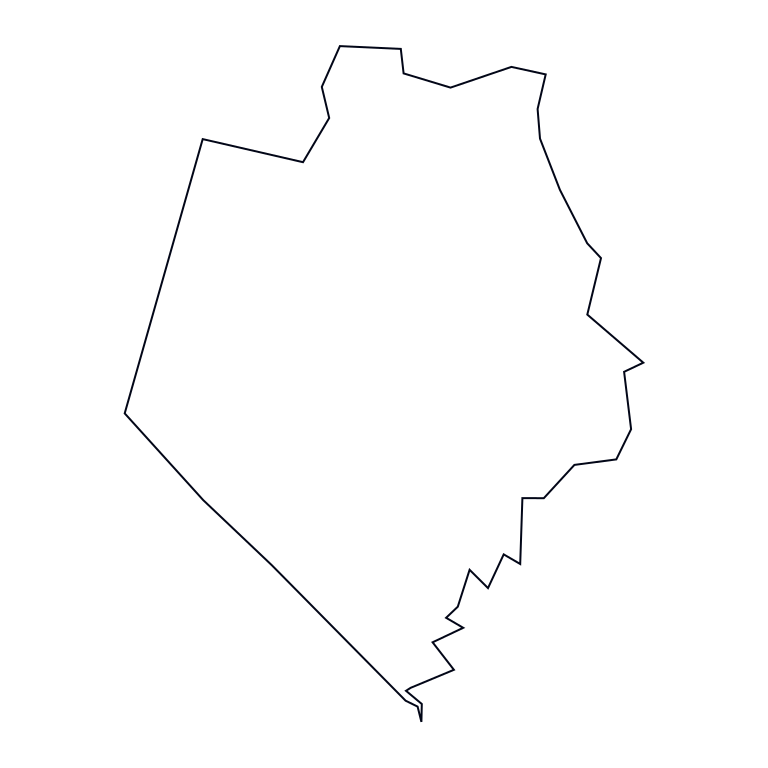 outline of Rockcastle, Kentucky, United States of America
{"feature_id": "52423323B98910590262232", "entity_name": "Rockcastle", "entity_type": "district", "adm_level": 2, "iso_a3": "USA", "parent_name": "United States of America", "parent_adm1": "Kentucky", "projection": "mercator", "projection_center": [-84.266, 37.345], "detail": "fine", "context": "isolated", "style": "outline", "palette": "ink", "viewbox_px": 768, "rotation_deg": 0, "n_neighbors": 0, "source": "geoboundaries", "source_scale": "gbopen_adm2", "svg_char_len": 623}
<svg xmlns="http://www.w3.org/2000/svg" viewBox="0 0 768 768"><path d="M339.9,46.1L321.8,86.9L329.2,118.0L303.0,162.2L202.7,139.1L124.7,413.4L203.3,500.2L271.8,565.2L405.6,700.7L417.6,706.6L421.4,721.9L421.8,704.0L406.0,690.8L410.7,687.8L453.9,669.8L432.6,642.3L463.2,627.8L446.1,617.8L457.8,606.7L469.6,569.8L488.0,588.1L503.7,554.4L520.2,564.0L522.4,498.1L543.8,498.2L574.4,464.9L616.3,459.4L631.1,429.2L624.1,371.8L643.3,362.7L587.3,314.6L601.0,258.1L587.2,243.3L559.9,189.8L540.0,138.6L537.6,109.0L545.7,74.4L511.4,66.9L450.5,87.6L403.6,73.4L400.8,48.9L339.9,46.1Z" fill="none" stroke="#020617" stroke-width="2"/></svg>